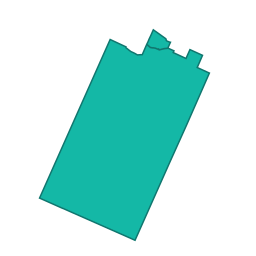 Anangu Pitjantjatjara Yunkunytjatjara, South Australia, Australia (Robinson projection), rotated 294°
{"feature_id": "25037944B76937209298521", "entity_name": "Anangu Pitjantjatjara Yunkunytjatjara", "entity_type": "district", "adm_level": 2, "iso_a3": "AUS", "parent_name": "Australia", "parent_adm1": "South Australia", "projection": "robinson", "projection_center": [130.361, -27.059], "detail": "fine", "context": "isolated", "style": "filled", "palette": "teal", "viewbox_px": 256, "rotation_deg": 294, "n_neighbors": 0, "source": "geoboundaries", "source_scale": "gbopen_adm2", "svg_char_len": 3274}
<svg xmlns="http://www.w3.org/2000/svg" viewBox="0 0 256 256"><g transform="rotate(294 128 128)"><path d="M28.0,75.7L28.0,75.9L28.0,76.0L28.0,76.4L28.0,76.6L28.0,76.8L28.0,77.1L28.0,77.3L28.0,77.5L28.0,78.0L28.0,78.4L28.0,78.6L28.0,78.8L28.0,79.1L28.0,79.3L28.0,79.5L28.0,79.9L28.0,80.1L28.0,80.4L28.0,80.6L28.0,81.0L28.0,81.3L28.0,81.5L28.0,81.9L28.0,82.2L28.0,82.4L28.0,82.6L28.0,82.8L28.0,83.0L28.0,83.3L28.0,83.5L28.0,83.8L28.0,84.0L28.0,84.3L28.0,84.5L28.0,85.7L28.0,85.9L28.0,86.2L28.0,86.4L28.0,86.6L28.0,86.8L28.0,87.0L28.0,87.3L28.0,87.5L28.0,87.9L28.0,88.1L28.0,88.4L28.0,88.6L28.0,88.8L28.0,89.0L28.0,89.3L28.0,89.5L28.0,89.9L28.0,90.1L28.0,90.4L28.0,90.6L28.0,90.8L28.0,91.0L28.0,91.5L28.0,91.9L28.0,92.1L28.0,92.4L28.0,92.6L28.0,92.9L28.0,93.0L28.0,93.5L28.0,93.9L28.0,94.1L28.0,94.3L28.0,94.6L28.0,94.8L28.0,95.0L28.0,96.1L28.0,96.3L28.0,96.6L28.0,96.8L28.0,97.0L28.0,97.3L28.0,97.7L28.0,97.9L28.0,98.1L28.0,98.3L28.0,98.6L28.0,98.8L28.0,99.0L28.0,99.4L28.0,99.7L28.0,99.9L28.0,100.1L28.0,100.3L28.0,100.6L28.0,100.8L28.0,101.0L28.1,101.4L28.1,101.7L28.1,101.9L28.1,102.1L28.1,102.3L28.1,102.5L28.1,105.0L28.1,105.4L28.1,105.6L28.1,105.9L28.1,106.0L28.1,106.5L28.1,106.8L28.1,107.0L28.1,107.4L28.1,107.6L28.1,107.9L28.1,108.1L28.1,108.3L28.1,108.5L28.1,109.0L28.1,109.4L28.1,109.6L28.1,109.9L28.1,110.1L28.1,110.3L28.1,110.5L28.1,111.0L28.1,111.3L28.1,112.5L28.3,180.1L112.3,180.1L154.3,180.3L196.0,180.1L211.3,180.0L211.3,177.8L211.4,166.6L216.4,166.6L224.7,166.5L224.8,152.7L217.5,152.7L215.1,152.7L215.2,145.3L215.3,138.6L217.2,138.6L217.2,132.3L215.1,128.7L212.2,125.0L212.1,124.9L212.1,123.9L212.0,120.7L211.6,119.0L211.4,118.3L211.0,117.5L211.0,117.3L211.0,117.2L210.6,115.6L212.0,111.1L209.7,111.1L200.8,111.2L199.8,109.1L198.6,106.9L198.9,104.1L199.0,102.3L199.0,99.6L199.5,97.4L200.5,93.5L201.0,93.1L201.3,93.1L201.6,75.7L200.6,75.7L200.0,75.7L197.2,75.7L196.6,75.7L190.4,75.7L175.8,75.7L172.1,75.7L171.4,75.7L171.0,75.7L170.4,75.7L170.1,75.7L168.7,75.7L156.5,75.7L155.8,75.7L154.0,75.7L152.4,75.7L151.8,75.7L141.8,75.7L141.5,75.7L141.4,75.7L141.2,75.7L140.9,75.7L140.7,75.7L140.4,75.7L140.2,75.7L139.9,75.7L139.7,75.7L138.9,75.7L138.6,75.7L138.2,75.7L137.5,75.7L137.4,75.7L136.9,75.7L136.1,75.7L135.5,75.7L135.2,75.7L134.9,75.7L128.1,75.7L126.0,75.7L123.2,75.7L120.5,75.7L114.4,75.7L113.7,75.7L113.1,75.7L101.5,75.7L100.8,75.7L92.5,75.7L91.3,75.7L87.7,75.7L87.3,75.7L85.6,75.7L85.2,75.7L83.4,75.7L83.2,75.7L80.6,75.7L80.2,75.7L79.9,75.7L79.7,75.7L79.2,75.7L78.6,75.7L77.8,75.7L77.4,75.7L76.9,75.7L74.6,75.7L65.6,75.7L63.7,75.7L63.3,75.7L62.9,75.7L62.7,75.7L59.5,75.7L59.1,75.7L58.5,75.7L57.3,75.7L57.1,75.7L55.4,75.7L54.4,75.7L54.0,75.7L53.4,75.7L52.9,75.7L50.9,75.7L50.2,75.7L45.9,75.7L45.6,75.7L44.3,75.7L42.2,75.7L41.5,75.7L40.9,75.7L36.8,75.7L33.4,75.7L28.6,75.7L28.0,75.7ZM217.2,132.1L217.2,131.9L217.6,131.9L218.3,131.9L218.7,131.9L223.6,131.9L223.4,131.0L223.3,128.4L223.4,127.9L223.5,127.4L224.5,126.7L224.9,126.3L225.2,125.0L228.0,111.2L221.5,111.2L217.8,111.1L215.0,111.2L212.1,111.1L212.0,111.6L210.7,115.6L211.1,117.3L211.1,117.5L211.5,118.3L211.7,119.0L212.1,120.7L212.2,123.6L212.6,123.6L212.6,123.8L212.3,123.8L212.2,123.9L212.2,124.9L212.3,125.0L215.2,128.6L217.2,132.1Z" fill="#14b8a6" stroke="#0f766e" stroke-width="1.5"/></g></svg>